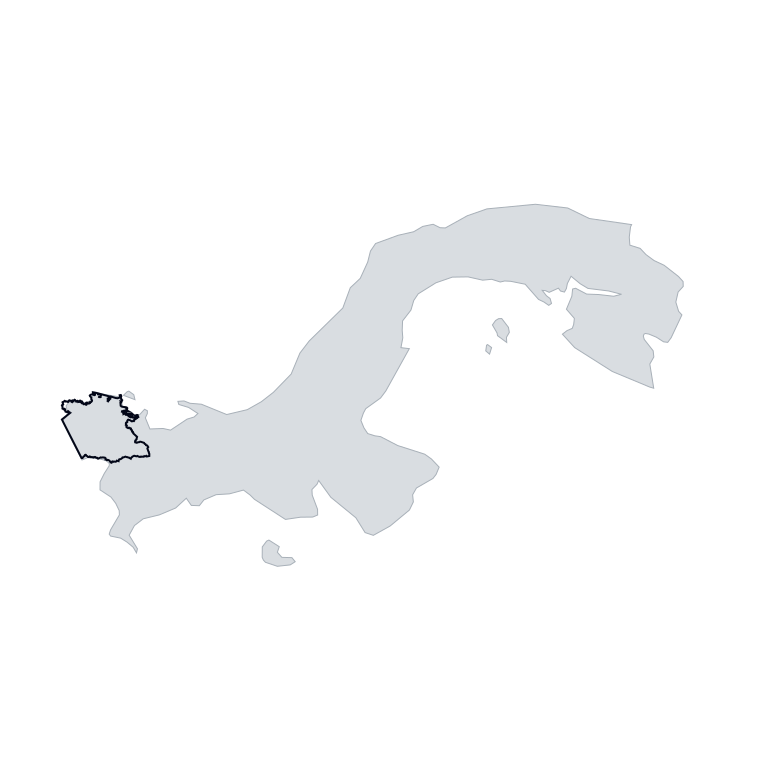 location of Changuinola, Bocas del Toro, Panama, rotated 333°
{"feature_id": "35544464B1778139424471", "entity_name": "Changuinola", "entity_type": "district", "adm_level": 2, "iso_a3": "PAN", "parent_name": "Panama", "parent_adm1": "Bocas del Toro", "projection": "orthographic", "projection_center": [-82.488, 9.215], "detail": "fine", "context": "in_parent", "style": "outline", "palette": "ink", "viewbox_px": 768, "rotation_deg": 333, "n_neighbors": 0, "source": "geoboundaries", "source_scale": "gbopen_adm2", "svg_char_len": 8936}
<svg xmlns="http://www.w3.org/2000/svg" viewBox="0 0 768 768"><g transform="rotate(333 384 384)"><path d="M677.0,354.4L675.0,355.9L669.2,364.5L666.1,371.9L673.8,379.5L676.2,387.7L680.6,396.5L687.5,405.4L695.2,421.9L697.0,428.5L694.9,432.9L687.8,435.6L681.2,443.5L679.5,453.0L680.8,457.7L660.9,473.1L655.7,475.7L652.3,473.4L647.9,465.9L642.7,459.8L639.9,457.7L638.3,457.6L636.8,459.1L636.1,462.4L638.9,476.6L636.7,482.4L629.9,486.9L622.4,510.2L619.3,507.3L593.1,476.5L570.4,438.1L565.6,420.6L571.4,419.5L577.0,419.9L580.0,417.1L583.4,412.0L580.5,400.2L591.2,391.1L595.2,385.0L598.2,385.7L605.4,395.9L615.8,401.7L628.5,410.1L636.4,411.9L626.4,403.1L609.1,391.4L604.3,383.7L599.6,372.9L593.0,377.7L589.9,381.7L586.5,384.0L583.5,381.3L582.9,377.8L572.8,377.3L570.2,374.1L567.5,372.4L568.8,379.1L570.8,383.3L569.8,388.3L566.5,388.7L563.7,383.5L560.1,378.8L555.1,359.2L543.5,350.0L538.3,347.0L533.9,345.9L527.5,339.6L519.1,336.3L507.5,326.7L493.4,319.8L476.2,317.4L455.4,319.2L448.4,323.1L443.7,328.1L441.5,330.4L429.2,336.2L424.6,344.4L421.7,351.4L415.6,359.3L422.6,364.0L382.5,391.0L374.6,394.9L356.5,397.7L352.4,400.6L346.9,405.9L346.2,413.9L347.0,420.8L352.3,426.0L357.0,429.3L368.3,445.1L388.4,465.0L392.2,472.3L395.4,483.1L389.4,488.2L384.7,490.4L365.7,491.4L359.2,495.7L356.6,502.4L349.5,507.8L325.0,513.3L305.8,514.0L299.7,507.8L298.2,490.4L285.2,460.8L282.0,440.3L278.8,442.9L271.9,445.3L269.6,450.4L267.9,465.5L265.4,470.6L260.1,470.2L249.2,464.8L234.7,459.9L216.2,427.9L214.2,421.9L210.6,414.7L196.4,411.7L184.2,406.4L170.9,405.5L164.2,408.6L157.2,404.7L156.0,396.0L142.1,399.9L124.3,398.6L108.3,394.8L97.4,396.8L88.3,403.0L89.5,418.9L86.8,422.1L86.4,415.6L83.2,408.1L79.4,401.8L71.4,395.4L71.0,393.0L74.2,389.8L88.8,380.5L90.6,376.6L90.8,368.5L89.4,360.8L82.9,349.4L86.6,342.3L94.2,336.7L101.9,332.2L103.2,330.3L101.8,326.4L97.3,322.2L86.7,315.1L80.4,314.6L80.2,294.2L80.5,272.4L82.1,270.3L86.0,269.0L89.1,265.7L90.8,259.2L95.4,256.9L103.7,261.9L112.2,266.3L115.7,264.8L118.4,262.7L120.2,260.6L120.8,258.6L127.6,264.4L141.5,274.7L142.3,279.7L141.0,284.6L144.8,298.5L152.0,300.5L159.2,297.8L161.0,300.4L159.7,302.9L156.0,305.8L155.0,317.8L166.9,323.3L172.9,328.2L192.6,325.9L199.8,327.2L204.8,325.8L199.3,316.2L191.9,309.1L192.5,305.9L198.1,308.3L202.4,313.1L212.1,319.1L230.0,339.8L250.5,344.8L266.7,344.1L281.7,341.2L305.8,333.0L323.1,318.3L336.9,311.7L381.8,297.6L397.7,282.9L404.4,281.0L410.8,279.1L424.8,268.0L432.3,259.4L440.3,255.0L464.1,257.9L479.5,261.8L490.1,261.2L500.3,264.0L504.9,270.2L509.5,272.8L534.6,271.9L555.2,274.7L600.5,292.6L627.6,310.6L642.1,329.8L677.0,354.4ZM224.2,502.0L218.3,502.6L206.2,498.0L197.4,489.0L196.6,486.1L196.8,483.1L201.6,473.9L208.1,470.7L210.6,470.8L216.8,481.4L212.6,485.5L214.3,492.1L223.1,496.9L224.2,502.0ZM514.3,398.0L512.2,402.7L507.1,392.5L507.9,389.8L507.4,380.6L512.2,378.1L515.7,377.8L518.6,379.1L520.6,390.0L519.1,394.9L514.3,398.0ZM156.2,279.9L155.0,284.9L146.7,275.8L151.6,274.3L153.4,274.5L156.2,279.9ZM496.4,400.4L491.6,405.3L489.7,400.7L493.0,396.0L494.2,395.9L496.4,400.4Z" fill="#d9dde1" stroke="#a8b0b8" stroke-width="1"/><path d="M149.8,300.4L150.3,299.8L149.8,299.4L149.0,299.5L147.8,298.9L147.9,299.5L148.2,299.6L148.4,300.1L148.3,300.4L148.1,300.2L148.1,300.6L147.7,300.8L147.4,300.5L146.3,300.4L145.4,299.8L145.0,299.9L143.9,298.8L143.2,298.7L143.1,298.2L143.5,297.9L143.2,298.2L143.4,298.1L143.5,297.8L143.2,298.0L142.7,297.4L142.4,297.6L142.2,297.2L142.3,296.5L141.8,296.5L141.9,295.8L141.7,295.6L142.0,295.3L141.7,295.2L141.9,294.9L141.8,294.7L141.8,294.9L141.5,294.8L142.5,294.5L142.4,294.2L142.0,294.1L141.9,294.2L141.7,294.0L141.1,293.6L140.9,293.7L140.6,293.7L140.3,293.3L140.1,293.4L139.7,293.2L139.1,292.5L138.6,292.5L139.0,292.0L138.4,291.7L138.7,291.2L139.1,291.6L138.6,290.7L138.6,289.8L138.0,289.6L138.2,289.3L138.1,289.6L138.4,289.8L138.8,289.8L138.8,289.6L139.4,289.9L139.5,289.5L139.4,289.8L140.1,289.9L140.0,290.1L140.3,290.4L140.3,290.2L141.0,290.6L141.7,290.5L142.1,290.8L142.5,290.4L142.9,290.4L143.0,289.3L143.7,289.3L143.8,289.1L143.9,289.3L144.3,289.0L144.2,288.3L143.5,287.5L140.8,285.7L139.9,284.9L139.7,284.4L139.2,284.1L139.7,284.3L139.5,283.8L140.7,280.9L141.4,281.1L141.8,280.5L141.7,280.0L142.4,280.4L143.0,279.7L143.4,279.5L143.0,278.0L143.2,277.9L143.6,276.0L144.3,275.7L144.6,274.6L144.5,274.3L143.4,274.0L143.1,275.3L142.2,276.0L140.3,275.8L138.7,274.8L134.9,271.1L134.3,270.7L133.7,270.8L133.3,270.3L132.9,270.9L133.9,271.8L133.5,272.9L132.4,273.2L132.7,273.0L132.4,273.0L131.7,273.5L131.6,273.8L131.4,274.0L131.5,274.3L131.4,273.9L131.6,273.5L130.3,274.2L130.1,273.8L129.7,274.2L129.9,273.7L131.8,273.3L132.3,272.8L133.3,272.9L133.7,272.2L133.5,271.6L133.0,271.3L132.8,272.5L132.3,272.6L131.9,271.7L131.1,271.8L130.3,271.2L131.2,271.7L131.9,271.6L132.3,272.3L132.7,272.4L132.9,271.8L132.9,270.4L133.3,270.2L133.8,270.5L123.4,261.1L120.8,259.2L120.7,259.4L120.7,260.2L122.0,261.5L121.8,262.1L121.3,262.6L120.7,262.4L119.8,261.1L119.0,260.6L117.6,260.4L116.6,260.7L116.5,261.5L117.1,263.1L116.4,264.6L116.4,266.1L115.9,266.7L114.8,267.1L113.5,266.6L113.3,267.5L112.1,267.5L111.2,266.5L111.1,265.8L110.7,265.6L110.5,265.8L110.6,266.4L109.9,267.2L109.4,267.4L109.0,267.1L109.1,266.5L109.5,266.1L109.5,265.8L108.7,266.1L107.3,265.8L107.1,265.6L107.2,264.7L106.1,264.0L106.2,263.6L107.0,263.3L107.1,262.7L106.9,262.3L106.3,262.4L106.0,262.2L105.9,261.0L105.6,260.8L105.2,261.0L105.4,262.0L105.2,262.3L104.5,261.5L103.3,261.2L103.6,260.2L103.1,259.7L101.8,259.9L101.6,258.9L101.1,258.4L101.4,257.9L101.2,257.6L99.7,258.2L99.4,257.3L98.9,257.2L98.4,257.6L98.3,258.4L97.9,258.6L97.5,258.0L97.7,257.3L97.3,256.6L96.7,256.4L96.3,255.7L95.8,255.7L94.6,256.6L93.8,256.2L93.6,255.5L92.2,255.0L92.1,254.3L91.8,254.0L90.2,254.5L89.4,254.2L89.2,254.4L88.9,256.6L88.5,256.8L87.7,256.6L87.3,256.8L87.2,258.4L86.4,259.8L86.8,260.1L86.8,260.8L87.2,261.1L87.9,260.9L88.2,261.1L88.3,262.0L87.6,262.7L87.9,263.3L87.7,264.1L88.6,264.9L89.6,264.7L89.8,265.1L89.4,265.5L89.5,265.6L90.4,265.3L90.4,265.9L91.0,266.4L90.8,267.0L91.1,267.3L80.9,269.4L80.9,312.7L81.8,313.1L83.3,312.2L84.1,312.3L85.3,311.5L85.8,311.5L86.2,311.8L86.1,312.6L87.0,313.8L87.1,314.6L88.0,315.2L89.0,315.0L89.5,316.0L90.0,316.1L90.6,316.7L91.3,316.9L91.6,317.5L92.7,317.5L93.0,317.9L93.6,318.0L93.9,318.5L94.1,319.1L95.0,319.6L95.0,320.2L95.3,320.7L98.3,320.8L98.6,321.2L100.3,321.8L101.4,322.7L101.8,322.8L102.2,323.7L101.6,324.8L102.2,325.1L102.3,325.5L102.5,325.4L102.9,325.8L103.0,326.2L103.8,326.5L104.1,326.9L104.6,327.7L104.8,329.5L105.3,330.4L105.7,330.4L105.9,329.9L106.8,329.6L107.5,330.1L107.6,330.5L108.8,330.8L109.3,331.3L110.4,331.5L111.0,331.1L111.1,331.3L112.0,331.6L112.5,332.2L113.0,331.5L114.0,330.9L115.2,331.4L116.9,331.2L117.7,330.7L118.4,331.1L119.0,331.2L119.5,331.2L120.6,331.3L121.5,332.3L122.2,332.7L122.7,333.4L123.4,333.8L123.7,334.6L124.2,335.0L124.5,335.6L125.1,335.1L125.7,334.8L126.2,334.8L126.8,334.5L128.8,334.5L130.5,336.0L131.4,336.3L131.6,336.2L132.9,337.9L134.1,338.2L134.3,338.6L135.0,338.6L136.6,339.6L137.1,339.7L137.6,339.4L137.9,339.8L139.1,340.2L139.5,340.1L139.7,340.9L142.2,341.6L143.2,339.7L143.2,338.5L143.6,338.0L143.5,336.7L143.8,335.0L143.8,334.2L144.1,333.8L145.3,333.2L145.1,331.3L144.2,330.5L144.2,329.4L143.6,328.7L143.5,327.5L141.0,325.0L140.3,324.6L139.4,324.7L138.6,324.3L137.7,324.2L137.2,323.8L136.9,324.0L135.8,323.0L136.1,322.2L136.8,321.4L137.6,321.3L138.7,320.7L138.8,320.2L140.0,319.0L138.2,314.2L138.5,313.6L138.3,313.3L138.5,312.7L138.0,312.4L138.0,312.1L138.0,311.7L138.3,311.5L138.4,310.7L138.3,310.2L137.9,309.8L138.2,309.1L137.8,309.0L138.0,308.4L137.3,307.4L136.6,307.0L136.3,307.3L136.0,307.2L135.0,305.7L135.0,305.3L135.4,304.9L135.4,304.5L135.8,304.3L135.6,304.0L135.9,303.3L135.6,303.1L135.8,302.9L135.9,302.3L136.4,301.5L136.9,301.3L137.5,301.5L138.1,301.3L138.4,300.4L139.4,299.7L139.9,299.6L141.2,300.9L141.9,301.9L142.1,302.6L143.3,303.1L143.9,302.9L144.4,303.5L144.8,303.3L145.0,302.7L145.6,302.1L146.8,302.5L147.8,302.2L148.7,302.3L149.1,301.9L150.1,301.9L150.2,300.8L149.8,300.4ZM124.5,267.6L124.8,266.9L125.5,266.8L125.6,266.6L125.6,266.4L125.0,266.5L124.3,266.1L123.7,266.9L124.2,266.0L124.2,265.6L124.3,266.0L125.2,266.4L126.4,265.6L126.7,264.6L126.3,264.1L125.6,263.6L125.6,263.9L125.5,263.6L125.2,263.6L125.0,264.3L124.9,263.8L124.4,263.3L124.5,262.6L127.1,264.7L126.7,265.7L126.0,266.2L126.6,267.0L125.9,266.3L125.6,267.0L124.8,266.9L124.5,267.6ZM143.9,294.8L143.5,294.9L143.5,295.1L144.1,295.7L144.6,296.0L145.5,296.0L146.3,296.9L145.9,295.5L143.9,294.8ZM146.8,298.1L146.4,297.1L146.2,297.3L146.4,297.3L146.4,297.7L146.8,298.1ZM140.8,290.7L140.8,291.0L141.2,291.5L141.2,291.1L140.8,290.7ZM142.3,291.2L142.0,291.2L142.1,291.4L142.3,291.2ZM144.9,299.7L145.2,299.5L145.2,299.4L144.9,299.7ZM143.5,291.7L143.4,291.4L143.3,291.6L143.5,291.7ZM143.6,292.0L143.8,292.1L143.6,291.8L143.6,292.0ZM143.6,289.6L143.4,289.4L143.3,289.5L143.6,289.6Z" fill="none" stroke="#020617" stroke-width="2"/></g></svg>